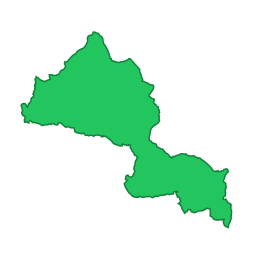 Azogues, Cañar, Ecuador (Mercator projection), rotated 273°
{"feature_id": "8360857B88575915979484", "entity_name": "Azogues", "entity_type": "district", "adm_level": 2, "iso_a3": "ECU", "parent_name": "Ecuador", "parent_adm1": "Cañar", "projection": "mercator", "projection_center": [-78.782, -2.632], "detail": "fine", "context": "isolated", "style": "filled", "palette": "green", "viewbox_px": 256, "rotation_deg": 273, "n_neighbors": 0, "source": "geoboundaries", "source_scale": "gbopen_adm2", "svg_char_len": 5797}
<svg xmlns="http://www.w3.org/2000/svg" viewBox="0 0 256 256"><g transform="rotate(273 128 128)"><path d="M128.0,27.7L128.0,28.3L128.1,28.2L128.3,28.5L129.3,29.0L130.4,30.1L129.5,31.4L128.5,32.0L128.4,35.4L127.9,38.1L127.3,39.7L126.1,41.7L126.0,42.3L127.0,45.4L127.0,47.9L127.8,48.8L127.9,49.4L127.5,50.8L127.9,50.7L128.3,51.7L128.1,54.0L127.3,56.0L127.4,57.5L128.3,57.7L129.3,58.5L129.6,59.0L129.8,60.2L125.6,65.5L125.6,66.2L126.3,68.3L125.4,70.1L125.2,71.1L125.3,74.1L121.5,75.2L120.7,76.7L119.9,81.6L120.0,82.9L120.6,83.9L118.8,85.5L118.3,86.3L118.6,87.0L118.6,88.3L118.2,89.2L119.0,91.9L117.9,94.3L118.6,94.9L119.2,96.3L119.4,98.1L119.0,100.6L118.0,102.1L117.7,103.1L117.9,103.3L118.9,103.3L118.4,104.4L118.7,105.8L114.1,112.4L112.6,113.3L111.5,115.3L111.2,115.3L110.6,118.0L109.7,120.5L109.8,122.1L110.3,122.4L110.0,123.2L111.8,123.4L111.0,125.3L111.2,126.9L110.6,127.5L110.5,129.2L111.3,129.7L111.3,131.0L107.9,131.5L106.9,132.6L105.0,133.4L103.9,134.7L101.2,135.9L100.7,137.6L99.0,139.1L97.6,138.1L96.4,138.1L95.7,137.3L94.2,137.0L92.4,137.0L89.2,136.1L88.1,136.2L87.3,135.9L86.7,136.6L86.1,136.8L84.4,136.8L82.6,136.3L81.6,135.5L80.6,135.4L79.9,135.0L79.1,133.7L79.0,132.9L79.3,132.0L80.8,130.4L80.8,129.8L80.3,128.8L79.1,128.3L78.4,128.4L76.8,128.1L75.8,130.1L72.2,127.2L69.3,128.3L64.4,131.5L63.5,132.2L62.1,134.0L60.1,136.1L59.9,136.4L60.2,136.8L59.5,137.8L59.2,139.3L59.4,141.0L59.3,141.9L59.4,142.2L60.4,142.5L60.3,143.6L59.6,145.6L59.6,146.5L60.1,149.1L60.6,150.0L60.4,151.5L60.9,153.0L59.9,155.7L59.8,156.8L61.1,158.4L61.5,159.2L61.3,161.0L61.5,161.9L62.3,163.1L62.5,164.7L62.9,165.2L62.6,165.8L62.9,166.7L62.9,168.2L63.2,168.4L63.5,169.5L64.0,169.6L64.1,169.9L64.1,171.5L63.7,172.3L63.9,173.6L64.4,175.2L64.4,176.4L64.6,176.9L65.6,176.7L66.6,177.0L67.5,180.6L66.7,180.8L66.1,179.2L64.8,179.6L63.4,180.2L62.7,181.0L62.3,180.7L61.7,181.0L61.2,183.0L60.0,183.3L59.5,183.8L58.8,183.7L58.2,183.9L57.5,184.5L57.1,184.6L55.1,182.2L54.2,183.9L52.4,185.5L51.6,186.0L50.4,186.0L48.6,187.1L47.9,187.8L45.8,188.9L46.6,189.9L47.3,190.2L47.5,191.1L48.1,191.7L49.6,192.1L49.8,194.5L47.6,195.8L47.4,196.9L46.8,198.2L47.8,201.1L48.2,201.3L48.9,202.9L49.2,206.2L49.5,207.0L49.8,207.0L50.1,207.7L50.0,208.4L51.0,209.5L51.6,209.7L51.4,210.0L51.7,210.2L51.5,210.6L52.0,211.3L52.0,212.3L51.5,213.1L51.7,214.0L48.6,214.7L44.5,214.6L43.2,217.0L41.4,218.3L40.6,221.3L41.1,222.5L40.8,223.1L41.1,223.5L41.2,225.1L41.0,226.1L41.7,227.2L41.5,228.1L41.9,228.3L42.0,228.6L41.7,228.9L40.9,228.3L38.8,228.1L36.0,229.3L34.8,230.9L33.9,233.1L38.9,234.1L40.2,235.1L41.8,235.2L42.4,235.7L43.1,235.8L43.9,235.6L49.1,235.9L50.7,235.7L52.8,234.9L57.2,234.9L58.8,231.6L62.1,229.3L61.5,227.5L61.7,226.7L61.9,226.6L64.2,227.0L64.8,228.3L65.7,228.6L68.5,228.9L70.2,228.1L71.1,228.3L72.3,228.8L73.8,229.1L74.9,229.0L75.5,228.7L77.7,228.5L78.1,228.2L78.6,227.4L78.6,227.0L79.4,226.3L80.9,226.1L82.9,227.0L85.6,227.5L88.6,229.3L89.5,230.5L91.3,229.9L92.4,228.7L91.5,225.9L90.2,225.1L89.9,223.3L89.1,221.7L89.6,220.5L89.3,219.9L89.8,219.9L89.4,219.5L89.6,219.0L89.5,218.6L89.7,218.3L89.1,217.2L89.3,216.0L89.5,215.6L90.9,214.4L92.4,213.4L95.2,210.4L99.0,205.5L100.0,203.7L101.2,202.1L101.7,201.2L101.8,199.5L102.3,197.8L103.0,196.2L103.7,195.5L103.3,192.0L103.6,190.3L103.5,189.3L103.8,188.4L104.6,187.9L105.3,187.0L104.7,186.0L105.0,185.2L105.1,182.1L103.6,180.0L103.1,177.9L101.9,175.5L101.7,175.8L101.9,175.3L101.6,174.8L101.8,174.2L100.7,174.0L100.7,172.8L101.3,172.2L101.0,171.6L101.9,171.2L103.8,169.5L104.7,168.1L105.1,166.6L106.2,166.2L107.4,164.6L108.5,164.1L108.7,163.6L108.6,162.8L110.9,157.8L113.0,157.2L113.5,156.7L114.2,153.9L114.6,153.5L114.8,152.8L116.0,151.8L117.0,149.8L119.3,149.6L128.2,150.9L129.5,151.8L131.2,153.4L134.3,157.4L135.6,158.4L137.0,159.1L139.7,158.4L141.4,158.8L142.4,157.9L143.9,158.2L144.3,158.5L145.2,158.7L146.3,158.3L147.1,158.4L148.5,157.5L150.6,157.1L151.2,155.6L152.3,155.0L152.9,154.3L153.6,153.1L154.7,152.3L155.2,152.2L158.0,152.9L159.3,149.2L160.1,148.7L160.6,147.7L161.4,147.1L162.1,147.1L163.4,148.3L167.7,150.9L170.0,151.5L171.6,151.3L172.3,150.1L172.3,147.9L174.2,144.6L174.6,142.8L175.4,141.4L175.4,139.8L177.3,140.1L180.2,138.6L181.8,138.4L182.7,137.7L184.9,136.7L187.1,136.6L197.2,126.6L197.3,125.2L195.9,124.0L195.5,122.8L194.4,120.8L193.8,117.7L192.8,115.1L193.5,112.1L194.1,110.4L194.1,109.0L194.4,108.3L194.7,108.1L196.4,107.7L196.5,106.9L197.0,106.3L200.3,105.5L204.7,103.6L206.2,102.6L208.8,101.2L210.7,99.4L213.0,98.6L216.4,98.0L218.1,96.5L218.4,95.7L221.1,93.1L221.2,91.3L222.1,89.7L221.8,88.1L220.9,88.0L218.8,87.0L218.7,85.3L217.7,83.5L216.4,83.0L215.1,82.7L214.0,83.0L212.1,83.1L209.2,81.9L206.9,80.6L205.5,79.4L203.5,75.5L201.9,73.3L199.4,71.9L198.7,70.4L197.5,68.9L191.6,64.2L190.9,63.3L190.7,62.4L190.7,61.4L189.8,61.2L188.6,61.3L188.5,61.5L186.6,62.3L186.1,62.4L185.5,62.3L183.1,60.7L182.2,58.7L181.4,57.7L180.4,57.1L179.2,56.9L177.9,55.8L176.6,52.8L176.7,50.8L177.1,49.6L177.1,46.6L174.1,47.1L172.7,47.9L170.8,43.7L169.9,42.6L170.8,40.1L170.7,39.7L171.2,38.6L172.3,36.6L173.3,35.9L174.3,33.7L173.5,33.8L173.0,33.2L171.7,32.6L171.0,33.2L170.4,33.4L170.2,33.1L169.3,33.1L168.8,33.6L168.2,33.4L167.8,33.8L166.4,32.6L165.5,33.0L165.5,32.6L165.0,32.4L163.9,33.1L163.4,33.0L163.1,33.3L162.3,32.7L161.7,32.8L160.4,32.6L159.3,31.7L158.5,32.0L157.5,31.9L157.3,31.4L157.0,31.3L155.7,32.2L153.8,31.7L153.8,31.1L152.2,29.6L151.6,29.9L149.8,29.6L148.6,29.0L146.8,27.4L145.6,27.3L144.8,26.7L143.5,26.6L143.8,26.1L146.5,24.6L147.0,23.7L147.0,22.5L146.6,21.2L145.7,20.4L145.1,20.1L144.5,20.2L142.0,21.2L139.8,21.8L137.8,21.1L137.2,21.1L136.3,21.7L136.0,22.2L135.6,22.3L135.3,22.1L134.4,23.7L134.3,24.5L133.6,24.9L131.2,24.1L130.2,24.3L129.8,24.1L129.2,24.4L128.5,24.4L128.2,24.9L128.6,25.5L128.7,26.8L128.0,27.7Z" fill="#22c55e" stroke="#15803d" stroke-width="1.5"/></g></svg>